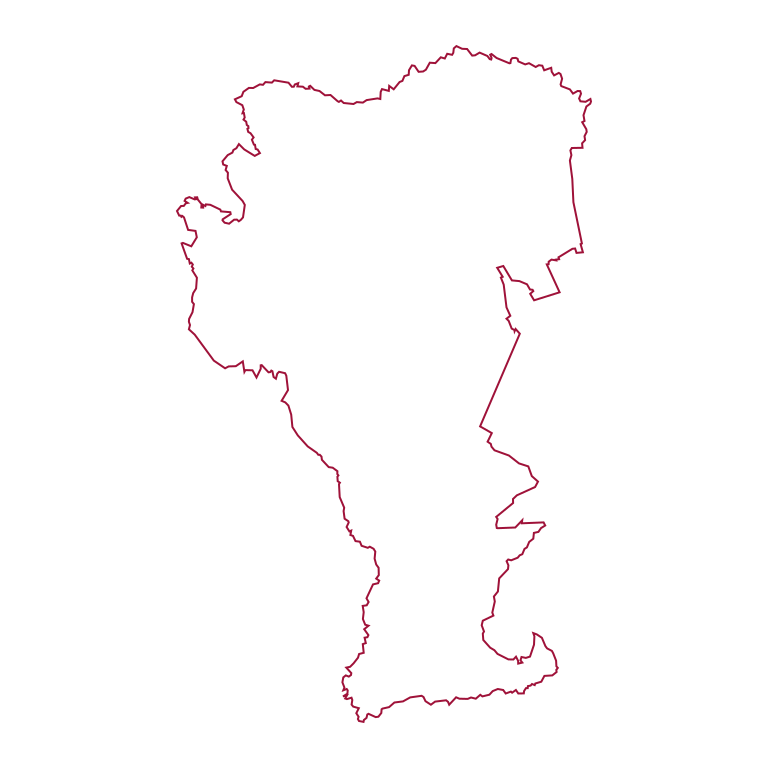 Tepexi de Rodríguez, Puebla, Mexico (Natural Earth projection)
{"feature_id": "50627088B28882077740120", "entity_name": "Tepexi de Rodríguez", "entity_type": "district", "adm_level": 2, "iso_a3": "MEX", "parent_name": "Mexico", "parent_adm1": "Puebla", "projection": "natural_earth1", "projection_center": [-97.929, 18.474], "detail": "fine", "context": "isolated", "style": "outline", "palette": "rose", "viewbox_px": 768, "rotation_deg": 0, "n_neighbors": 0, "source": "geoboundaries", "source_scale": "gbopen_adm2", "svg_char_len": 6036}
<svg xmlns="http://www.w3.org/2000/svg" viewBox="0 0 768 768"><path d="M538.0,481.6L531.8,476.1L528.3,466.4L519.0,463.4L508.9,455.5L494.5,450.3L491.5,446.7L490.8,443.9L487.6,441.7L491.8,433.1L480.1,426.4L519.8,333.7L515.6,329.0L514.6,331.2L514.4,330.0L511.7,328.6L508.7,320.9L506.5,318.7L510.3,315.8L506.5,307.4L503.7,284.6L500.9,277.6L502.7,276.8L497.2,267.8L503.3,266.0L511.9,280.4L519.4,281.1L527.0,284.3L530.0,289.5L532.6,289.8L533.3,291.1L530.2,293.8L534.1,300.3L559.6,292.3L546.8,264.4L548.6,264.2L548.7,261.7L551.5,259.6L556.2,260.4L555.9,259.6L559.1,259.2L558.5,257.3L572.4,248.8L575.1,248.5L576.5,252.9L582.9,252.3L580.6,244.1L581.9,243.5L573.4,202.2L572.3,179.0L569.9,160.5L571.4,155.1L570.4,150.4L571.8,148.0L582.5,147.8L582.1,143.3L585.1,140.1L584.5,136.2L586.7,131.9L586.3,129.2L582.2,122.2L584.5,121.0L583.5,115.2L586.4,106.5L590.2,103.7L591.0,101.5L590.4,99.0L585.6,101.8L580.4,101.3L579.1,98.5L581.0,93.7L580.2,91.1L577.6,91.0L573.0,93.6L569.9,89.4L561.3,86.1L560.6,84.4L562.1,78.7L560.5,74.0L558.8,72.9L554.1,75.4L551.7,71.7L551.2,67.8L544.2,70.3L542.3,65.7L538.9,65.2L535.7,67.0L529.0,63.2L525.2,64.4L518.3,61.4L517.6,58.8L515.8,57.9L512.3,58.1L511.0,59.6L510.4,63.1L509.4,63.3L496.6,58.0L491.5,54.0L490.2,54.7L491.6,58.0L491.2,59.5L489.7,59.1L487.4,56.0L479.6,52.6L475.1,55.3L472.2,55.6L467.1,49.0L462.1,48.8L456.4,46.1L453.8,48.4L453.3,52.8L452.1,54.8L447.2,53.8L444.8,58.5L440.8,57.3L435.4,63.1L429.8,62.7L425.9,69.7L423.1,71.5L418.6,71.8L414.6,65.9L411.9,65.4L409.0,70.2L408.7,74.8L404.4,76.1L402.4,80.9L399.6,82.0L393.7,89.3L389.2,85.9L388.8,90.9L382.0,89.1L380.7,91.9L380.3,99.0L377.5,98.4L366.6,100.1L362.9,102.6L356.8,102.1L353.5,104.0L343.7,103.0L341.0,100.5L338.9,101.9L337.6,101.2L330.5,95.0L325.0,95.3L319.5,91.0L314.4,89.9L310.2,85.8L308.9,86.5L309.5,88.6L305.6,88.8L302.9,86.7L297.4,86.4L298.2,83.2L294.8,84.5L293.8,86.7L291.9,86.8L288.5,82.7L274.2,80.3L271.9,82.6L265.4,82.1L263.0,84.8L259.8,84.4L253.2,88.0L248.9,87.9L243.4,91.8L241.7,96.2L234.9,99.3L236.4,102.1L242.3,105.2L243.8,109.5L242.5,113.3L243.9,113.1L244.7,117.5L243.5,119.6L246.2,121.7L246.8,125.0L248.3,126.1L248.5,128.1L247.4,128.8L248.2,131.9L250.5,133.2L253.6,137.4L251.9,139.7L253.9,144.6L255.0,144.8L255.7,149.0L257.6,149.5L259.9,153.1L254.7,155.9L244.2,149.4L238.9,144.1L236.4,148.2L233.4,150.0L232.4,152.6L227.7,155.1L222.5,161.3L223.2,164.5L226.8,165.9L225.6,170.0L227.9,172.7L227.7,178.3L232.1,189.7L242.6,201.0L244.8,204.9L243.0,217.4L240.8,219.9L238.8,221.3L236.9,219.6L234.1,219.7L229.1,223.7L224.6,222.7L222.5,220.3L222.7,219.3L230.7,214.1L230.3,212.2L221.0,211.4L220.3,209.6L210.3,204.8L205.9,204.4L205.4,206.0L203.1,204.8L203.2,207.6L201.3,207.5L201.6,204.2L197.8,199.5L197.2,197.3L195.1,197.4L195.9,199.2L194.7,199.4L189.3,197.1L185.7,198.6L184.6,200.9L187.7,202.9L185.8,203.3L183.8,205.9L181.1,206.0L177.0,211.0L179.2,215.6L180.8,215.6L181.4,216.8L182.4,216.0L184.0,217.4L188.1,229.9L195.5,230.9L196.8,237.3L191.3,246.3L182.9,242.9L181.6,243.4L187.1,258.8L188.9,259.1L189.8,263.5L191.4,262.7L192.8,264.5L191.8,266.7L193.4,268.5L192.3,270.4L196.9,277.7L196.1,288.5L193.2,293.1L192.1,297.4L192.1,301.8L193.9,304.1L192.5,312.2L189.1,318.9L188.9,321.8L190.0,325.0L188.9,329.3L194.7,334.6L213.8,360.6L225.1,368.3L228.7,366.4L235.8,366.2L242.8,361.4L244.4,371.9L245.4,370.1L252.5,370.3L256.5,377.5L260.7,368.8L260.7,365.3L261.7,365.1L268.5,372.3L270.2,372.1L271.3,370.6L272.4,371.2L273.6,377.0L275.9,378.7L277.3,373.6L279.1,371.8L285.1,373.2L286.3,375.7L288.0,390.1L281.6,400.8L285.3,402.4L288.4,405.6L291.2,414.6L292.4,427.0L297.8,435.4L307.7,446.4L316.8,452.8L318.3,454.8L319.8,454.8L321.5,456.6L321.9,459.8L328.7,467.1L332.7,467.7L337.4,471.2L337.3,474.0L338.4,475.4L337.4,476.7L337.7,481.2L339.9,482.7L339.0,484.1L339.7,497.1L344.2,507.7L343.6,511.1L344.6,518.7L348.3,521.2L348.7,522.5L346.6,527.0L349.4,531.4L351.2,530.6L350.4,535.0L353.0,535.9L355.5,541.1L359.9,541.7L361.6,545.8L367.8,547.8L369.8,546.7L373.6,548.8L375.3,551.6L374.6,558.6L376.2,564.5L378.6,567.8L378.8,575.1L376.2,578.6L379.2,580.6L378.1,583.2L373.0,584.4L366.5,598.3L368.6,602.0L366.7,605.3L362.7,605.9L363.7,612.2L362.9,619.0L365.2,624.7L368.5,625.7L364.2,629.2L368.4,635.1L367.4,637.2L364.6,637.7L365.8,643.1L362.8,644.1L363.7,652.8L359.1,654.0L358.0,657.7L353.6,663.3L350.1,666.8L346.3,667.6L351.3,673.1L351.0,675.0L348.8,676.6L345.8,675.4L343.3,677.4L342.4,682.3L344.4,687.5L343.3,690.3L346.7,689.0L347.7,690.4L347.4,693.7L343.0,696.4L346.9,695.5L345.2,698.5L346.9,699.1L351.5,697.7L352.3,700.0L351.6,704.6L353.2,706.6L358.8,708.2L356.3,713.2L358.6,716.8L357.9,719.0L359.0,721.0L363.5,721.9L363.9,720.0L366.5,717.9L367.3,714.5L368.5,713.8L375.7,717.1L378.4,716.7L381.3,713.0L381.6,709.3L382.5,708.6L389.1,707.1L394.4,702.5L403.0,701.4L410.2,697.4L421.6,695.8L423.5,697.0L425.5,701.2L430.9,704.7L435.1,701.6L446.1,700.3L448.0,701.8L449.2,704.7L456.1,697.3L459.4,698.7L467.7,698.9L471.0,697.5L475.8,698.7L480.3,694.8L482.4,696.4L489.4,694.7L492.7,691.1L497.8,689.0L503.2,690.0L505.7,693.5L510.9,691.6L512.1,692.7L515.9,690.0L518.3,693.5L523.8,693.4L524.1,691.0L526.0,688.1L527.7,688.1L527.9,686.1L530.6,685.6L532.0,684.0L534.7,685.1L535.3,683.5L541.3,681.7L544.4,675.9L552.3,675.4L556.6,672.0L556.3,669.9L557.8,667.9L556.4,666.3L556.1,660.7L553.2,653.3L551.9,650.9L547.1,648.4L545.4,646.1L541.9,637.8L536.8,634.4L533.3,633.1L534.4,636.3L534.0,644.7L530.0,656.6L525.8,657.9L521.5,657.0L520.5,660.3L522.3,662.6L518.2,663.6L518.1,660.8L516.0,656.7L513.4,659.5L508.4,659.4L497.5,653.9L494.4,650.2L490.2,647.7L483.3,640.0L482.8,633.6L484.0,631.5L481.7,625.3L482.8,620.7L493.4,615.6L492.3,612.6L494.8,601.5L493.9,596.5L497.9,591.5L499.2,578.4L508.0,569.1L508.4,565.3L506.6,561.2L508.2,559.5L511.2,560.3L517.7,557.7L519.7,555.3L522.3,554.2L524.5,548.9L526.9,547.4L529.2,541.9L533.3,538.7L533.9,532.9L538.4,531.9L541.0,528.1L545.2,525.5L543.6,522.4L521.8,523.3L522.2,520.3L515.3,527.5L497.7,528.2L496.8,528.0L496.2,524.7L497.6,519.0L496.2,516.9L513.1,503.0L513.0,499.0L516.9,495.3L535.1,487.0L538.0,481.6Z" fill="none" stroke="#9f1239" stroke-width="2"/></svg>